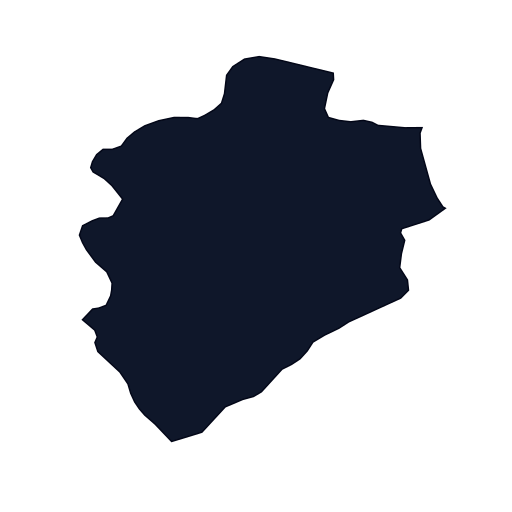 SVG path tracing the border of Ziro, rotated 100°
{"feature_id": "BFA-2821", "entity_name": "Ziro", "entity_type": "Province", "adm_level": 1, "iso_a3": "BFA", "parent_name": "Burkina Faso", "parent_adm1": "", "projection": "equal_earth", "projection_center": [-1.878, 11.634], "detail": "fine", "context": "isolated", "style": "filled", "palette": "ink", "viewbox_px": 512, "rotation_deg": 100, "n_neighbors": 0, "source": "natural_earth", "source_scale": "10m", "svg_char_len": 1332}
<svg xmlns="http://www.w3.org/2000/svg" viewBox="0 0 512 512"><g transform="rotate(100 256 256)"><path d="M440.4,281.6L453.3,306.9L439.0,326.3L432.0,337.9L426.8,344.3L420.8,350.1L413.0,355.5L404.2,359.9L393.9,369.9L377.6,395.1L369.2,399.6L363.3,398.2L357.0,401.9L348.9,415.8L336.6,407.7L334.7,402.0L330.6,395.0L320.5,392.2L314.7,392.2L307.7,393.0L297.5,400.2L289.9,412.9L279.2,424.1L273.0,429.1L266.1,433.5L256.3,432.0L249.8,423.4L245.9,416.8L244.3,408.3L241.2,403.6L223.1,397.2L211.6,410.2L206.1,418.9L201.5,431.0L197.7,434.1L191.5,433.4L183.8,430.5L177.5,425.1L175.9,416.0L171.2,407.7L162.4,403.4L154.9,397.1L147.1,388.1L139.7,375.3L133.8,360.7L131.4,346.5L131.1,339.6L130.8,337.2L126.5,331.0L119.3,322.6L111.6,316.5L101.7,315.2L83.1,316.3L73.5,311.7L64.1,301.5L59.1,287.5L58.7,271.7L62.5,211.7L68.9,210.2L82.9,213.7L99.0,214.2L107.0,208.8L108.1,197.7L107.4,186.0L103.8,173.8L104.2,165.0L106.2,158.6L103.9,131.7L100.8,114.8L106.5,115.8L121.5,112.6L154.9,96.7L167.4,87.8L175.2,80.5L176.1,77.9L190.4,91.8L203.8,117.2L208.2,117.7L214.7,112.3L228.5,113.2L242.6,112.5L253.3,102.7L263.2,99.9L272.3,106.2L304.8,153.3L312.7,161.8L321.9,174.6L330.9,185.0L340.6,189.1L349.6,194.8L356.6,202.2L362.9,210.7L388.8,227.1L394.8,234.1L399.5,244.1L409.9,260.1L438.9,278.7L440.4,281.6Z" fill="#0f172a" stroke="#020617" stroke-width="1.5"/></g></svg>